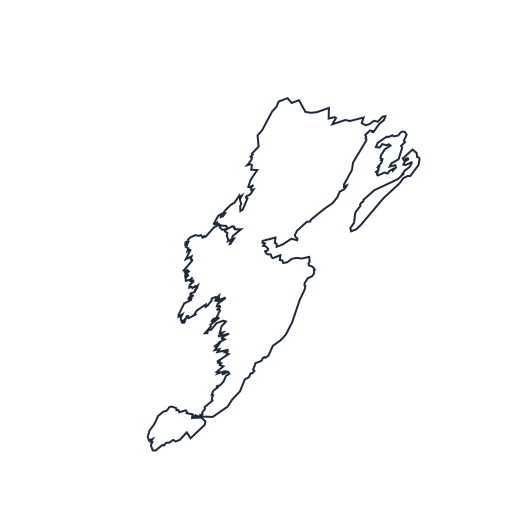 the district of Sømna nor, Nordland, Norway, rotated 327°
{"feature_id": "86288312B60558696179500", "entity_name": "Sømna nor", "entity_type": "district", "adm_level": 2, "iso_a3": "NOR", "parent_name": "Norway", "parent_adm1": "Nordland", "projection": "natural_earth1", "projection_center": [12.23, 65.321], "detail": "fine", "context": "isolated", "style": "outline", "palette": "slate", "viewbox_px": 512, "rotation_deg": 327, "n_neighbors": 0, "source": "geoboundaries", "source_scale": "gbopen_adm2", "svg_char_len": 6149}
<svg xmlns="http://www.w3.org/2000/svg" viewBox="0 0 512 512"><g transform="rotate(327 256 256)"><path d="M299.0,181.1L303.9,184.6L293.2,189.1L287.1,193.8L287.8,194.8L292.5,195.1L289.2,196.0L287.9,198.1L290.2,198.9L284.9,201.2L280.2,200.7L279.4,201.7L280.3,203.0L270.2,209.8L267.4,209.8L269.8,205.7L272.0,204.2L273.3,199.7L277.1,197.6L274.4,197.6L275.0,196.2L266.8,199.6L262.7,199.3L254.1,201.2L251.8,202.7L253.3,203.4L249.9,204.7L247.7,204.2L249.8,201.9L246.1,201.8L238.2,206.0L238.5,207.1L241.5,206.9L240.4,208.4L241.8,208.2L243.5,211.7L247.4,214.5L247.1,216.8L245.4,217.6L252.4,218.2L253.6,219.4L252.7,220.4L253.5,221.5L252.9,222.2L258.0,225.4L247.3,226.6L245.3,228.4L247.2,229.4L241.2,231.9L240.6,231.7L244.5,228.8L240.6,228.3L241.6,227.6L242.4,223.3L244.5,221.2L243.4,218.5L244.8,216.8L242.0,215.7L241.2,212.2L242.1,210.6L241.2,209.5L235.8,209.2L224.3,212.4L223.5,211.1L222.3,211.9L221.1,211.5L222.9,211.4L221.2,211.2L221.3,208.6L218.7,207.8L216.6,205.5L211.3,204.6L208.2,205.1L207.3,206.5L204.4,206.1L202.9,208.0L205.7,208.1L202.1,210.4L203.5,212.6L201.1,214.6L203.6,214.4L204.2,215.3L195.4,220.5L201.8,221.2L199.4,223.4L200.3,224.2L199.8,225.2L187.6,228.7L189.0,229.9L186.7,230.8L190.8,230.4L191.3,232.5L187.2,232.3L186.0,234.0L188.5,233.8L188.5,235.3L184.9,236.2L183.6,238.6L188.1,240.1L191.0,239.4L187.3,241.5L188.1,242.7L189.9,242.6L189.6,243.4L184.5,244.2L182.8,246.2L185.2,246.7L185.2,248.3L189.8,248.3L187.4,249.5L191.2,249.0L188.8,250.9L185.3,251.4L186.8,251.7L185.1,252.8L180.9,251.8L180.2,252.3L180.6,253.2L178.5,254.0L182.4,255.0L175.3,255.1L179.6,256.4L175.6,257.0L178.5,257.6L169.9,256.7L159.1,263.1L158.0,264.7L162.6,264.8L159.1,266.9L158.1,269.2L159.2,270.2L156.9,271.6L160.8,270.6L158.9,272.5L159.6,272.8L165.2,268.8L166.2,269.2L165.2,270.4L165.6,271.5L173.0,272.0L172.5,271.4L176.6,269.5L187.4,269.3L186.1,271.2L188.2,271.3L194.6,269.1L195.7,267.6L199.8,268.4L199.5,269.7L203.5,269.1L201.5,271.0L198.4,270.9L197.6,271.2L198.7,272.2L198.5,271.1L201.4,271.1L201.9,271.5L200.1,272.8L198.2,272.5L207.0,274.0L206.8,274.8L198.0,275.2L195.8,276.9L198.2,277.8L198.2,279.0L193.5,280.1L196.4,280.1L196.1,282.0L189.1,286.4L186.1,285.6L182.6,286.7L188.8,286.5L191.6,287.7L180.4,288.8L179.6,290.6L171.1,293.0L173.2,294.2L175.2,292.2L176.8,291.9L177.1,293.2L178.8,293.3L186.2,290.8L193.3,292.4L194.4,293.8L193.0,294.4L196.0,294.4L188.6,296.3L183.7,300.8L186.7,302.1L180.5,302.9L191.2,306.4L184.7,305.8L182.7,306.1L183.7,307.7L181.4,307.5L183.2,307.9L184.2,308.9L176.9,308.2L178.5,308.9L171.3,309.3L176.4,310.0L170.1,312.5L174.5,314.2L171.4,315.6L180.2,319.0L177.7,319.7L180.0,320.7L178.2,322.0L179.5,323.3L165.6,323.4L169.4,323.9L166.2,325.0L168.4,326.8L166.2,327.6L168.5,330.8L160.0,331.8L161.5,333.1L159.7,333.7L166.7,335.5L167.3,335.9L162.9,337.0L169.6,337.9L169.5,340.3L165.6,340.2L160.0,343.8L155.4,344.9L152.9,344.0L153.5,343.6L152.1,344.1L152.5,345.3L146.9,345.7L143.2,348.3L144.3,349.2L141.2,351.6L140.9,353.5L130.6,354.8L129.9,356.4L125.6,358.1L124.8,359.7L121.5,358.7L122.3,359.5L121.0,359.7L132.1,367.4L149.9,366.9L157.9,363.4L168.8,360.8L179.5,353.4L184.0,353.8L187.5,351.5L189.0,352.4L192.1,351.5L191.7,349.8L197.3,345.6L203.5,346.9L206.4,345.2L207.9,345.4L208.1,346.4L212.0,346.4L221.3,340.5L230.6,340.1L238.1,338.2L250.1,331.4L268.9,316.5L278.6,310.6L281.1,308.0L280.7,306.9L282.0,305.3L287.3,302.8L292.1,303.5L295.3,302.1L296.9,299.3L297.9,299.4L297.6,295.8L295.2,292.7L296.0,290.9L298.0,289.8L300.1,285.7L293.1,283.1L288.9,279.6L284.4,277.9L278.9,278.3L275.1,276.8L275.6,273.9L273.8,272.4L276.9,268.6L269.0,267.0L268.4,265.8L269.2,262.7L266.5,260.8L266.0,258.7L266.2,257.0L268.9,257.7L270.1,256.6L269.4,253.1L267.5,251.3L270.4,250.3L268.6,248.3L269.9,247.0L282.3,251.1L278.9,255.4L279.9,257.1L278.3,259.5L284.9,260.9L295.0,260.8L299.1,265.2L300.2,264.1L299.5,261.3L300.1,259.5L304.1,257.2L317.2,255.0L320.3,256.6L321.7,255.5L338.4,253.7L349.2,253.4L356.7,250.8L361.2,247.6L366.0,248.1L369.4,247.0L370.6,246.2L367.5,245.8L368.8,243.9L383.2,236.2L388.4,230.4L411.4,219.2L412.2,218.2L411.8,217.0L413.4,216.0L413.5,214.0L420.0,212.8L422.0,214.8L421.2,215.2L421.8,216.1L430.7,212.5L437.5,211.6L440.6,209.2L438.1,208.1L431.3,209.7L428.5,206.8L423.3,207.2L419.1,206.1L417.1,202.0L421.7,198.5L408.2,193.9L405.0,190.6L391.8,187.1L398.3,183.8L397.5,182.3L391.8,180.3L397.8,171.5L385.6,168.6L380.3,166.0L375.9,162.1L376.9,148.8L369.2,147.0L368.4,140.8L359.1,138.8L354.5,142.0L348.0,143.7L329.6,153.9L323.0,155.7L317.8,165.7L308.3,167.9L308.5,169.1L305.5,169.8L306.3,171.3L304.3,172.9L298.0,175.1L301.3,176.0L302.0,177.6L299.0,181.1ZM103.6,336.6L101.3,335.5L97.1,337.1L93.2,336.1L86.7,336.9L79.4,341.5L71.5,344.5L66.7,348.7L65.8,352.5L69.7,353.1L66.5,354.5L67.7,355.6L64.8,357.3L63.5,362.8L65.8,364.4L74.7,363.5L75.6,364.8L78.8,363.7L81.7,365.3L86.4,365.1L87.6,367.7L91.8,368.7L101.9,366.2L101.8,373.2L120.9,369.7L122.6,368.3L123.4,366.6L122.1,361.7L118.9,359.8L120.7,359.6L116.5,358.1L119.2,357.5L118.4,356.5L114.6,356.5L116.6,354.3L112.2,350.0L113.1,349.5L113.1,347.2L106.6,345.3L107.1,342.9L105.3,342.1L106.2,340.2L103.6,336.6ZM428.8,273.0L441.9,268.2L446.1,263.6L446.2,261.9L445.1,260.6L446.8,257.2L445.3,252.0L432.2,254.2L432.3,256.5L435.6,256.2L436.6,256.7L436.2,257.9L432.4,257.8L429.3,259.6L430.8,261.1L437.5,262.2L437.1,263.0L433.5,264.9L426.9,265.5L423.3,267.1L423.8,267.6L416.8,268.8L391.1,265.3L376.7,267.4L375.9,268.7L373.5,268.6L371.2,269.6L370.9,270.8L363.1,273.6L356.2,281.6L350.3,284.0L349.2,287.1L354.4,288.2L361.0,287.0L394.1,277.0L415.7,273.3L421.8,271.0L426.7,271.5L428.8,273.0ZM430.7,227.1L419.8,227.4L415.9,229.9L418.8,232.4L422.9,231.0L425.9,234.3L428.2,234.6L428.9,236.7L422.1,236.7L416.0,239.5L413.8,241.4L414.2,242.8L413.3,243.4L414.6,243.9L412.2,246.0L406.7,247.7L407.2,248.2L406.3,248.2L406.0,250.5L402.3,250.8L402.8,252.3L401.9,252.6L402.9,252.6L401.8,253.6L402.1,254.9L409.2,256.0L411.3,258.5L414.1,257.4L418.3,257.6L417.5,258.9L421.6,258.0L422.2,255.7L416.8,253.8L419.8,252.1L428.3,252.5L437.6,244.8L437.6,242.7L443.0,241.7L442.7,239.9L448.3,236.4L448.5,233.0L447.1,231.7L444.8,231.1L441.0,232.4L436.6,230.7L436.1,229.0L431.4,228.2L430.7,227.1Z" fill="none" stroke="#1e293b" stroke-width="2"/></g></svg>